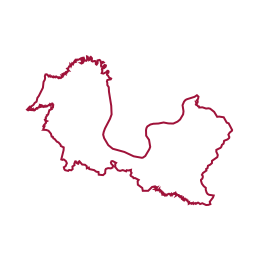 Chiang Saen, Chiang Rai, Thailand (Mercator projection), rotated 11°
{"feature_id": "78962969B57964456122026", "entity_name": "Chiang Saen", "entity_type": "district", "adm_level": 2, "iso_a3": "THA", "parent_name": "Thailand", "parent_adm1": "Chiang Rai", "projection": "mercator", "projection_center": [100.131, 20.291], "detail": "fine", "context": "isolated", "style": "outline", "palette": "rose", "viewbox_px": 256, "rotation_deg": 11, "n_neighbors": 0, "source": "geoboundaries", "source_scale": "gbopen_adm2", "svg_char_len": 5749}
<svg xmlns="http://www.w3.org/2000/svg" viewBox="0 0 256 256"><g transform="rotate(11 128 128)"><path d="M189.4,82.7L187.4,84.7L180.4,88.5L179.1,89.5L178.0,91.4L177.2,95.2L179.3,101.0L179.5,104.1L177.5,109.7L175.4,112.3L171.6,115.0L166.7,115.8L161.9,115.8L157.0,117.8L152.1,119.0L149.3,120.3L146.7,122.8L146.1,124.7L146.1,126.7L147.3,132.1L150.9,135.6L153.4,142.3L153.0,144.7L150.3,152.2L148.3,154.2L147.3,154.6L139.0,154.7L129.0,152.2L117.0,151.3L111.9,148.6L106.5,142.5L104.9,139.3L104.9,136.6L105.5,132.8L108.6,122.4L109.3,117.8L107.3,109.4L102.4,96.0L101.3,91.6L99.5,89.8L99.1,87.6L98.4,86.3L98.6,84.8L101.8,83.5L102.0,82.7L99.8,82.1L98.5,80.5L97.2,79.7L97.1,79.1L98.2,77.3L98.1,76.1L97.5,75.7L96.9,75.8L95.8,77.5L93.4,79.3L91.7,79.2L92.0,76.8L91.2,75.6L91.2,74.8L92.9,74.0L94.4,72.1L94.4,70.8L93.1,70.5L91.5,72.8L90.0,72.8L89.5,71.4L89.7,69.7L91.6,68.2L90.8,67.8L88.9,68.9L88.0,67.1L87.1,66.6L85.3,67.4L85.8,70.2L85.1,71.8L84.3,71.5L83.4,68.6L82.2,68.6L80.6,69.5L79.6,69.2L79.3,66.4L77.9,65.3L77.4,65.9L77.8,68.0L76.9,68.7L76.7,67.3L75.4,66.9L74.8,65.7L74.1,65.6L74.9,68.8L74.3,70.0L73.2,70.0L72.2,69.3L71.1,67.4L69.9,67.8L69.8,69.0L71.3,70.1L71.8,71.2L71.2,72.8L70.0,73.6L69.2,73.3L69.9,73.1L70.5,71.1L69.4,70.6L69.1,69.2L68.5,68.6L66.3,70.5L65.0,70.5L64.8,71.3L63.8,71.1L63.9,72.1L62.9,72.1L62.4,73.5L63.2,73.4L63.2,72.8L63.8,73.3L62.3,74.0L61.9,75.9L60.8,75.2L60.4,77.3L60.2,76.8L59.7,77.0L59.2,76.6L59.5,78.5L58.4,78.8L58.0,80.7L57.0,81.3L58.8,82.8L58.3,82.8L58.2,84.0L57.1,85.5L56.9,84.6L56.4,84.9L56.9,86.0L56.0,86.2L56.3,86.9L55.2,86.5L55.1,87.0L54.6,86.7L53.4,87.6L54.5,89.0L54.2,89.6L53.1,89.4L53.8,90.3L52.7,91.0L53.0,91.2L52.5,91.8L51.7,91.6L50.6,92.4L50.1,92.2L50.3,91.4L48.6,91.7L47.9,91.1L47.0,91.4L46.8,92.1L45.8,91.8L45.4,92.3L44.7,91.7L44.2,92.4L42.7,91.8L42.3,92.4L41.3,92.2L40.3,92.6L40.0,92.1L40.3,91.6L39.5,91.8L38.0,90.8L36.8,91.2L36.5,93.0L37.1,94.8L37.1,96.5L36.3,98.9L36.8,104.7L34.3,113.7L33.3,115.7L33.2,119.6L31.7,121.1L30.7,123.5L28.9,125.2L28.8,126.0L27.5,125.8L25.4,129.2L26.6,129.7L27.2,129.3L27.2,128.3L28.1,128.4L28.2,128.0L28.9,128.4L28.8,128.9L30.1,128.8L30.2,128.0L30.6,128.3L31.1,127.6L31.5,128.6L32.4,128.7L32.7,127.9L33.3,128.0L33.8,126.8L34.6,126.6L34.6,126.0L35.3,126.1L35.3,125.5L37.4,124.4L36.8,123.6L37.7,122.9L37.3,122.1L38.4,122.1L38.4,123.3L39.2,123.6L40.2,123.4L40.2,122.8L41.1,123.3L41.6,122.4L42.5,123.0L43.2,122.4L43.3,121.9L44.2,122.4L46.5,119.9L47.0,120.3L46.6,121.2L47.4,120.5L47.2,119.4L48.3,119.7L48.9,118.4L49.3,118.5L49.3,119.7L50.2,119.7L50.4,122.2L49.8,122.6L48.8,122.3L48.7,123.1L49.5,124.0L47.4,125.5L47.0,130.1L45.8,130.9L46.0,131.9L45.2,133.3L45.7,134.6L44.8,135.7L45.3,136.3L47.2,136.7L46.1,137.7L46.5,138.6L44.8,141.4L44.7,141.9L45.5,142.1L44.8,142.8L45.5,143.3L45.1,144.7L45.6,145.3L45.2,145.9L48.1,145.5L50.5,145.9L53.4,148.3L54.7,151.0L55.9,151.0L56.7,152.4L58.1,152.8L60.8,155.0L62.5,155.4L64.9,157.2L65.5,158.5L68.6,159.3L69.0,162.0L68.5,171.6L69.7,171.8L70.9,171.1L73.3,172.3L74.7,174.2L74.0,177.4L72.5,178.8L73.4,180.7L74.4,181.4L77.5,181.5L78.2,180.4L80.4,180.3L81.5,178.9L80.8,176.4L82.6,174.7L82.1,173.5L82.5,170.9L83.1,170.7L84.2,172.1L85.9,172.7L86.2,172.2L85.8,170.7L86.6,169.9L90.0,172.6L92.8,172.3L94.8,173.4L95.3,175.4L97.1,174.3L97.8,175.7L102.8,175.8L105.3,177.0L107.4,176.8L108.2,179.4L112.5,179.0L114.2,176.8L113.8,173.4L114.2,172.3L116.1,171.2L118.9,170.9L120.4,169.8L120.5,167.8L118.5,166.4L117.8,165.3L118.1,163.8L119.3,163.4L123.0,164.5L122.3,165.8L122.8,167.8L122.5,168.4L126.1,171.4L128.4,171.6L130.9,170.3L134.4,170.9L134.7,169.7L136.3,169.7L138.9,168.5L139.0,170.2L140.1,171.4L139.4,173.7L139.9,174.5L142.5,175.4L143.0,176.2L144.5,175.8L148.4,176.9L147.6,178.4L148.5,181.8L153.4,184.1L154.5,186.8L159.8,185.8L162.9,181.3L165.7,180.1L166.5,180.4L166.1,180.9L166.5,180.9L166.9,181.6L167.9,180.9L167.3,182.5L167.1,182.1L166.0,183.0L166.7,183.0L167.3,183.9L168.3,182.8L169.0,183.4L169.7,183.0L170.2,182.1L170.3,183.4L170.8,183.5L171.6,182.8L172.1,183.1L172.0,184.3L174.1,183.7L173.3,184.4L174.1,184.5L173.9,185.3L174.6,185.2L174.5,185.8L174.9,185.7L174.6,186.9L175.5,186.9L176.5,186.1L177.1,187.3L178.6,186.9L178.5,186.1L179.2,186.2L180.1,185.0L181.5,184.7L182.5,185.8L183.2,184.4L183.8,185.2L183.9,184.4L184.6,184.8L185.6,183.4L186.0,183.7L186.4,183.2L186.6,183.9L186.8,183.9L187.2,183.0L187.5,183.6L187.9,183.3L188.7,183.8L188.3,185.0L189.1,184.3L190.6,184.1L191.0,184.5L191.0,185.3L192.0,185.6L192.0,184.9L193.2,184.8L193.0,185.9L193.7,185.8L194.0,186.5L195.3,185.5L195.8,186.2L195.6,186.5L196.1,186.6L195.4,187.5L196.1,187.6L195.9,188.1L196.4,188.4L197.2,188.4L197.8,186.9L198.1,187.2L199.1,187.0L199.5,187.7L200.4,187.8L200.5,188.7L201.4,189.1L201.4,189.7L200.9,189.8L201.7,189.8L202.1,189.4L202.2,190.7L203.2,189.9L204.6,189.6L204.8,190.1L205.6,189.4L205.6,189.8L206.2,189.5L206.7,190.0L207.4,189.2L208.8,189.5L209.0,188.8L209.8,189.0L210.5,188.1L211.3,187.9L213.3,188.9L215.3,187.7L219.3,188.7L221.4,188.2L223.4,187.0L222.3,184.9L224.7,180.0L225.0,177.9L220.3,178.1L218.8,177.6L217.5,176.4L216.1,173.8L215.8,171.9L213.5,170.7L211.2,168.6L209.7,165.8L209.6,164.8L210.6,163.6L210.8,162.1L210.6,160.9L209.5,159.9L210.2,157.8L213.1,154.8L212.5,153.4L213.7,152.3L213.7,149.8L215.6,148.4L217.1,146.5L216.7,144.2L221.2,139.6L221.3,137.4L219.2,134.4L218.9,132.6L222.6,129.8L223.2,128.7L223.4,126.7L224.8,125.1L224.8,122.2L227.9,120.2L229.2,118.5L229.2,117.5L227.8,115.4L228.7,113.1L230.6,110.8L230.6,110.1L225.9,104.2L223.9,103.9L219.9,99.2L215.3,99.4L213.4,100.0L209.5,95.7L205.0,93.4L203.3,93.3L200.9,94.0L197.1,93.5L194.0,94.3L193.5,93.3L192.5,93.3L191.7,92.5L190.5,92.3L190.1,91.8L190.7,91.1L190.4,90.6L190.8,90.8L191.4,89.8L191.4,88.9L191.1,88.0L190.2,88.0L191.2,86.0L191.2,83.8L189.4,82.7Z" fill="none" stroke="#9f1239" stroke-width="2"/></g></svg>